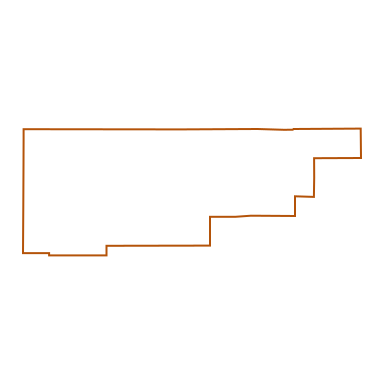 Rio Blanco, Colorado, United States of America
{"feature_id": "52423323B42221666108365", "entity_name": "Rio Blanco", "entity_type": "district", "adm_level": 2, "iso_a3": "USA", "parent_name": "United States of America", "parent_adm1": "Colorado", "projection": "equal_earth", "projection_center": [-108.132, 39.938], "detail": "fine", "context": "isolated", "style": "outline", "palette": "amber", "viewbox_px": 384, "rotation_deg": 0, "n_neighbors": 0, "source": "geoboundaries", "source_scale": "gbopen_adm2", "svg_char_len": 431}
<svg xmlns="http://www.w3.org/2000/svg" viewBox="0 0 384 384"><path d="M23.6,129.2L23.6,138.4L23.5,165.1L23.3,205.8L23.0,253.1L49.1,253.1L49.1,255.4L106.5,255.4L106.5,245.8L210.0,245.6L210.0,216.8L235.4,216.8L251.0,215.7L295.0,216.0L295.0,196.3L313.9,196.9L314.2,177.4L314.1,158.2L361.0,158.0L360.7,128.6L293.5,129.0L292.8,129.7L284.1,129.8L257.5,129.0L180.6,129.4L23.6,129.2Z" fill="none" stroke="#b45309" stroke-width="2"/></svg>